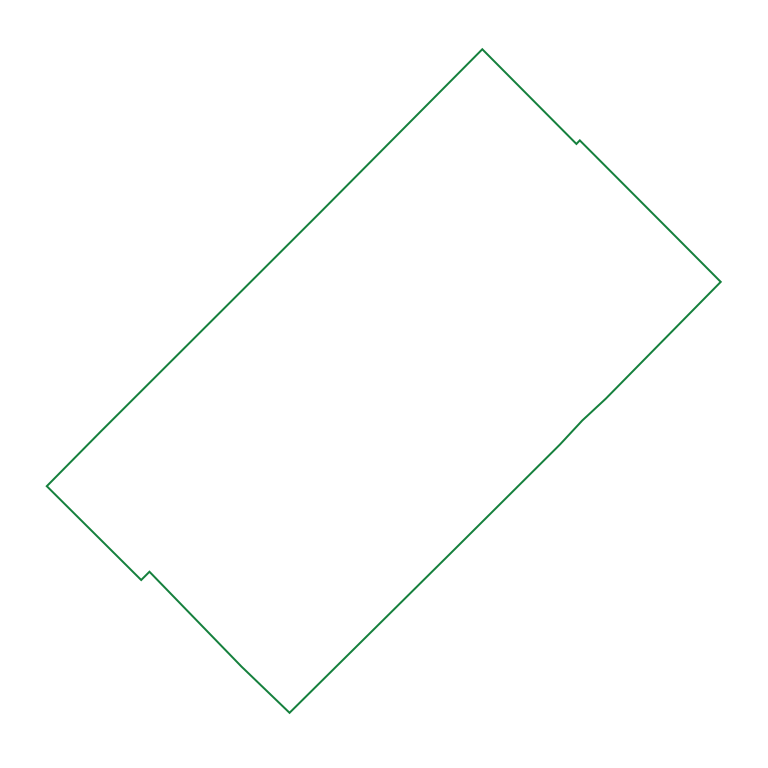 Becker, Minnesota, United States of America (Natural Earth projection), rotated 315°
{"feature_id": "52423323B38815474431976", "entity_name": "Becker", "entity_type": "district", "adm_level": 2, "iso_a3": "USA", "parent_name": "United States of America", "parent_adm1": "Minnesota", "projection": "natural_earth1", "projection_center": [-95.688, 46.934], "detail": "fine", "context": "isolated", "style": "outline", "palette": "green", "viewbox_px": 768, "rotation_deg": 315, "n_neighbors": 0, "source": "geoboundaries", "source_scale": "gbopen_adm2", "svg_char_len": 365}
<svg xmlns="http://www.w3.org/2000/svg" viewBox="0 0 768 768"><g transform="rotate(315 384 384)"><path d="M150.1,217.3L73.3,217.8L73.7,350.9L85.4,350.9L83.4,483.0L84.7,549.7L313.7,550.8L465.7,551.2L498.4,550.0L530.4,551.2L694.3,549.9L694.5,483.1L694.7,350.2L689.8,350.3L690.2,216.8L460.4,217.6L150.1,217.3Z" fill="none" stroke="#15803d" stroke-width="2"/></g></svg>